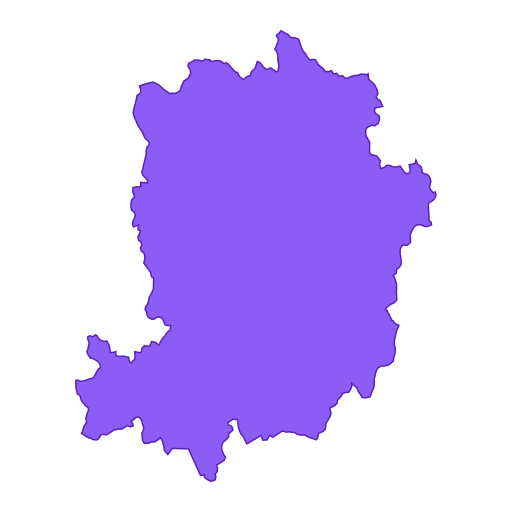 outline of Jerantut, Pahang, Malaysia
{"feature_id": "92858781B18339216088795", "entity_name": "Jerantut", "entity_type": "district", "adm_level": 2, "iso_a3": "MYS", "parent_name": "Malaysia", "parent_adm1": "Pahang", "projection": "natural_earth1", "projection_center": [102.515, 4.261], "detail": "fine", "context": "isolated", "style": "filled", "palette": "violet", "viewbox_px": 512, "rotation_deg": 0, "n_neighbors": 0, "source": "geoboundaries", "source_scale": "gbopen_adm2", "svg_char_len": 5964}
<svg xmlns="http://www.w3.org/2000/svg" viewBox="0 0 512 512"><path d="M298.7,39.3L295.7,38.1L293.1,37.6L290.7,37.6L287.8,34.2L286.4,33.9L282.4,31.4L281.0,30.7L278.9,33.4L277.4,34.4L276.4,35.5L277.3,37.5L278.1,38.4L278.4,39.9L278.1,41.9L276.9,43.9L275.9,47.5L274.8,49.0L276.4,51.2L277.3,53.3L277.8,55.7L278.0,58.0L277.8,59.7L278.8,65.3L278.1,70.9L275.7,71.8L274.9,70.6L272.4,69.2L271.3,68.1L270.1,68.1L266.6,69.7L262.7,66.3L260.2,62.6L257.3,61.5L255.3,67.6L254.5,68.9L253.4,70.0L252.3,70.6L251.4,71.8L251.2,73.0L250.5,74.1L250.5,75.4L249.8,75.8L248.5,75.9L245.8,77.4L244.2,79.5L242.0,78.5L239.6,76.6L238.7,75.3L238.0,73.3L237.4,72.4L236.1,72.1L234.6,71.2L227.9,63.7L226.2,62.9L225.3,62.9L224.5,63.5L223.5,63.4L222.7,62.4L219.4,60.6L215.9,60.6L212.3,61.5L211.1,61.1L210.4,60.3L209.2,59.7L206.8,59.6L205.2,59.0L204.5,59.6L204.0,60.5L203.1,61.0L198.0,60.1L194.6,60.0L193.4,61.0L188.7,63.3L188.0,66.5L190.0,69.2L190.7,73.1L188.3,78.2L183.9,81.0L181.2,86.8L179.9,91.1L175.8,93.1L169.7,93.5L163.6,89.2L158.8,84.9L153.1,82.1L149.0,82.9L143.6,84.5L139.5,86.0L140.5,89.2L140.9,92.3L138.2,95.0L137.2,95.1L135.4,103.4L133.9,108.6L133.2,112.6L133.7,115.4L137.8,125.2L142.1,131.7L144.3,136.7L145.8,139.2L148.0,140.7L149.3,143.2L148.8,145.2L146.9,147.5L146.2,150.5L146.2,154.5L143.2,166.5L143.0,168.7L141.7,172.0L143.2,175.5L145.8,178.3L147.5,180.5L147.7,182.8L140.8,182.5L140.6,185.3L141.2,186.3L138.9,187.0L136.9,186.8L133.0,187.5L132.8,192.0L134.1,195.1L134.3,197.3L131.5,200.1L131.0,203.3L131.0,207.8L131.7,210.1L133.6,211.6L135.4,214.3L134.5,217.9L133.0,221.1L132.6,224.1L133.4,226.9L138.6,225.1L138.0,228.4L138.0,229.9L140.2,230.6L139.9,233.1L138.0,236.6L138.6,240.4L140.8,241.9L141.9,244.9L140.4,247.9L141.2,250.9L143.6,252.7L144.7,255.2L144.9,258.7L143.8,263.0L150.8,272.7L151.4,276.7L153.6,278.0L153.4,288.8L152.1,292.0L150.6,295.0L149.3,296.8L148.4,301.3L147.5,304.3L145.6,306.8L145.1,309.6L146.7,311.8L146.9,314.8L148.4,317.6L151.6,319.1L154.2,319.1L156.9,317.1L160.1,317.1L162.7,318.8L165.1,324.9L168.4,325.6L171.0,325.9L170.1,329.9L167.0,332.6L164.7,336.1L161.8,339.4L158.8,345.2L155.3,342.2L151.6,341.6L149.7,346.2L145.1,345.9L144.4,345.6L141.9,348.4L141.6,350.9L140.5,352.8L134.7,351.6L135.1,357.3L134.5,359.4L132.6,361.2L131.3,363.0L129.5,361.7L128.8,359.3L128.7,357.2L126.0,356.9L124.1,356.1L119.4,356.4L116.7,356.1L115.6,354.1L115.8,351.6L113.4,352.4L110.3,352.5L109.4,346.1L107.0,341.1L104.0,341.3L100.5,340.3L98.1,337.9L97.3,336.0L95.6,334.9L94.1,336.0L91.7,336.5L90.2,335.8L87.9,336.6L87.7,338.9L89.2,343.2L88.5,345.5L88.3,347.7L86.9,351.7L88.1,354.8L90.3,358.0L92.4,358.3L97.6,361.2L100.0,364.2L100.6,367.2L98.0,369.5L93.5,377.7L83.5,381.0L80.7,381.3L77.9,380.2L75.9,380.2L75.9,387.5L77.4,394.0L79.8,395.3L81.5,400.8L85.4,405.6L88.1,407.8L88.7,410.1L87.2,413.3L85.9,418.1L86.5,422.4L83.7,426.9L82.6,431.1L81.5,433.4L88.3,437.7L90.7,438.2L93.3,439.7L96.9,439.9L98.7,438.7L100.9,434.6L103.2,434.4L106.1,434.9L108.7,433.6L113.9,430.1L118.4,429.1L121.9,429.1L127.3,425.6L130.4,426.9L133.2,425.9L132.5,423.1L131.2,421.4L133.6,419.6L135.8,417.6L138.4,416.8L141.4,419.6L142.5,424.1L143.8,427.9L143.2,430.4L141.9,433.6L142.5,440.4L144.3,443.2L148.4,443.4L150.5,442.2L155.1,441.7L160.5,437.9L162.3,440.7L163.6,445.4L164.4,450.4L167.9,454.5L172.2,448.4L188.5,448.9L200.5,475.5L204.4,475.0L204.4,477.3L207.0,479.3L210.9,481.3L213.9,480.5L215.2,479.8L215.9,476.5L215.0,474.0L217.2,471.8L217.6,468.5L216.7,465.0L224.1,460.5L225.4,457.2L223.9,454.7L221.7,449.9L221.7,445.7L223.2,441.9L226.3,439.7L228.7,436.7L228.7,433.9L232.8,430.1L232.4,427.4L230.4,425.4L228.2,425.1L228.0,422.6L233.0,419.1L237.4,419.6L238.0,422.9L238.4,427.1L239.5,430.9L241.0,434.1L243.2,436.4L244.7,439.9L246.9,443.9L261.2,435.4L262.7,440.2L267.1,439.9L269.5,435.4L272.9,437.2L282.5,430.9L285.7,432.1L289.7,431.9L294.9,432.6L297.2,434.4L301.6,435.1L305.5,435.1L307.7,436.9L316.3,439.7L317.9,437.2L318.3,433.9L319.0,433.1L323.3,431.4L325.0,429.4L325.7,426.9L325.9,423.1L327.2,421.6L330.5,415.6L330.9,413.1L330.5,410.8L329.4,408.3L334.8,405.6L337.2,403.1L337.4,400.3L341.1,396.3L342.6,393.5L345.2,392.5L348.7,392.3L350.6,389.3L351.7,386.3L351.7,383.5L357.1,388.0L358.2,391.3L360.6,394.8L362.1,397.5L365.6,397.8L369.9,397.0L374.1,386.5L374.3,378.7L375.4,374.0L376.7,369.7L378.4,367.7L381.2,366.0L384.9,366.0L388.6,365.0L393.2,361.2L393.8,357.7L395.1,352.9L395.3,348.4L394.5,345.4L394.2,341.6L396.4,331.4L398.9,325.3L397.5,324.9L394.4,322.9L393.5,321.1L391.6,320.1L391.3,318.7L389.8,316.4L389.4,314.7L387.8,312.6L387.3,310.7L385.3,309.1L387.1,307.1L390.2,304.6L394.4,302.6L396.8,300.0L396.4,292.3L396.6,284.0L393.6,275.2L396.2,273.2L396.6,269.2L399.2,267.5L401.0,264.7L401.2,260.7L400.1,253.2L400.3,248.9L401.6,246.2L403.3,244.9L405.9,245.4L407.9,244.9L410.5,242.2L410.3,234.1L414.2,226.6L416.6,225.1L420.5,224.6L422.4,225.6L425.7,226.6L428.7,226.1L431.5,224.9L431.1,222.1L429.2,221.1L428.3,204.6L429.4,202.3L431.1,201.6L433.5,199.8L435.2,197.6L436.1,195.1L435.0,191.9L433.3,192.8L431.3,190.8L429.6,188.0L430.0,184.3L430.9,181.5L430.2,178.5L428.5,175.5L426.8,174.3L424.4,174.0L422.0,172.3L422.0,170.0L421.3,167.0L417.7,164.2L415.9,160.2L415.3,163.0L412.4,164.2L409.2,164.7L410.3,170.8L409.0,173.3L407.0,173.8L404.6,172.5L400.1,166.0L397.9,166.7L394.4,167.2L388.8,165.2L386.6,165.5L384.0,167.5L380.8,168.5L379.5,164.7L380.5,160.7L376.6,156.0L374.0,155.2L371.0,154.7L369.5,152.2L369.7,142.2L366.0,135.7L365.6,130.9L366.2,128.4L369.0,126.4L372.5,125.2L374.7,125.9L378.2,123.4L379.5,119.1L379.2,116.1L375.1,112.9L374.5,110.4L375.1,107.9L382.7,106.4L380.1,100.6L377.7,99.4L376.2,96.6L377.9,93.9L377.1,89.8L374.9,85.3L372.7,82.8L368.6,79.1L368.1,73.8L366.7,74.8L365.1,74.3L361.2,74.1L358.6,75.1L353.4,75.8L350.6,76.6L348.9,77.8L345.2,78.3L343.0,76.1L341.7,75.8L338.9,76.1L336.5,73.3L333.7,74.1L331.3,70.6L328.9,71.6L325.4,71.6L323.0,68.3L320.7,66.8L318.1,64.3L315.7,60.0L313.3,59.3L309.8,60.0L307.2,57.0L305.7,54.0L302.9,50.8L301.4,47.5L298.7,39.3Z" fill="#8b5cf6" stroke="#5b21b6" stroke-width="1.5"/></svg>